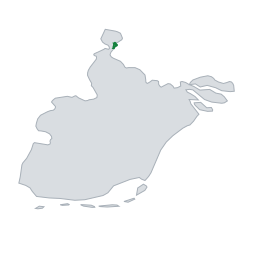 location of Stein, Limburg, Netherlands, rotated 189°
{"feature_id": "6326949B81495248212156", "entity_name": "Stein", "entity_type": "district", "adm_level": 2, "iso_a3": "NLD", "parent_name": "Netherlands", "parent_adm1": "Limburg", "projection": "robinson", "projection_center": [5.769, 50.974], "detail": "fine", "context": "in_parent", "style": "filled", "palette": "green", "viewbox_px": 256, "rotation_deg": 189, "n_neighbors": 0, "source": "geoboundaries", "source_scale": "gbopen_adm2", "svg_char_len": 4012}
<svg xmlns="http://www.w3.org/2000/svg" viewBox="0 0 256 256"><g transform="rotate(189 128 128)"><path d="M165.9,221.9L160.6,221.8L155.7,221.7L153.1,221.3L150.3,220.4L149.0,218.3L147.5,215.8L147.9,214.3L152.5,210.1L153.2,208.9L152.7,208.2L153.2,206.4L156.8,200.0L157.2,197.4L155.6,195.6L153.3,194.6L145.9,192.7L142.4,190.0L140.7,187.7L139.1,187.0L136.6,187.8L130.4,188.7L125.4,187.4L119.5,183.0L118.2,179.0L117.5,176.0L116.0,175.0L114.0,176.5L111.5,179.0L106.5,179.3L105.1,178.7L104.8,177.3L104.6,176.0L103.2,174.4L101.7,173.5L95.4,178.1L93.1,178.1L90.1,176.3L88.7,174.6L85.4,175.6L82.5,177.7L83.5,181.6L81.9,182.4L78.3,182.0L74.2,180.4L69.7,179.4L62.9,176.7L53.3,178.9L46.7,176.2L41.2,176.0L37.8,173.9L34.1,170.3L36.8,167.9L39.3,167.1L49.4,166.7L56.8,168.1L69.9,175.8L73.2,175.8L76.8,174.8L75.0,172.7L71.7,171.7L66.8,169.6L62.9,166.7L72.1,165.7L70.9,164.2L69.7,161.7L60.1,152.7L61.8,150.2L64.3,145.0L67.3,140.7L69.8,139.5L73.8,136.4L82.5,127.4L88.0,120.1L92.2,111.4L98.3,87.4L100.1,83.3L103.0,78.8L106.6,79.6L109.1,80.9L118.0,77.5L133.2,68.6L137.7,60.9L142.1,57.4L159.5,50.4L169.2,48.3L184.0,47.8L194.8,46.6L207.6,46.1L212.6,50.4L215.4,53.5L220.0,55.3L227.2,56.5L226.8,62.7L227.0,75.0L226.4,77.1L223.3,82.3L220.0,91.6L219.1,97.7L218.1,98.9L204.5,98.8L202.6,99.9L202.3,101.2L203.0,102.8L202.7,104.4L201.6,105.6L202.2,107.7L204.6,110.0L208.9,111.4L213.5,111.5L215.9,111.3L217.6,112.9L219.3,115.4L219.2,118.6L218.6,122.9L216.4,126.9L210.2,131.4L207.4,133.0L204.7,133.8L203.5,135.0L202.9,136.6L203.0,137.9L207.5,141.6L207.4,142.4L206.1,144.3L204.4,146.1L192.9,149.8L188.1,149.5L185.4,151.4L184.5,151.7L181.5,150.0L174.7,148.1L172.2,148.8L170.8,149.8L166.5,151.1L163.5,153.2L163.5,155.8L168.9,162.6L170.8,164.0L170.9,166.5L173.5,169.7L176.2,173.7L176.5,176.2L176.2,178.8L174.8,182.4L170.1,191.0L170.1,192.6L170.5,193.9L172.1,194.2L173.3,194.9L173.0,196.0L164.2,201.9L163.1,203.0L159.4,202.7L158.8,203.7L159.3,205.3L160.8,206.7L163.9,207.4L166.6,208.9L168.8,211.8L165.9,221.9ZM74.2,180.4L73.5,182.8L71.4,185.6L64.5,189.5L57.3,192.1L53.6,191.7L51.1,190.4L49.8,189.0L45.9,187.6L40.7,186.9L37.4,188.4L35.0,189.8L33.0,189.6L31.5,188.4L30.3,186.6L28.8,180.9L32.8,179.9L41.3,179.5L47.8,181.5L56.5,182.5L63.1,179.8L68.3,182.1L74.2,180.4ZM60.1,157.3L65.2,160.9L66.2,162.0L66.6,163.2L60.2,164.7L53.4,160.3L48.9,161.3L47.2,159.2L47.2,157.9L51.9,156.9L60.1,157.3ZM109.0,70.3L104.0,74.9L100.9,73.7L100.0,72.6L101.6,69.0L109.1,63.0L109.0,70.3ZM131.6,49.7L126.8,50.2L124.7,49.3L136.2,46.7L143.4,46.0L144.7,46.3L131.6,49.7ZM162.4,45.0L152.3,46.0L148.9,45.2L148.4,44.5L151.1,44.0L159.7,43.9L162.3,44.6L162.4,45.0ZM120.5,54.8L111.0,59.6L110.2,58.8L116.3,54.7L120.5,54.8ZM203.4,36.9L198.7,37.1L200.0,35.4L204.4,34.1L206.8,34.1L203.4,36.9ZM183.0,41.6L175.9,43.8L174.1,43.3L174.5,42.7L180.8,41.3L183.0,41.6Z" fill="#d9dde1" stroke="#a8b0b8" stroke-width="1"/><path d="M155.2,209.0L155.2,208.9L155.1,208.6L155.1,208.4L155.1,208.2L155.0,207.9L155.0,207.7L155.1,207.4L155.1,207.2L155.0,206.9L154.9,206.9L155.0,206.9L154.9,206.9L154.9,206.7L154.9,206.4L155.0,206.3L155.0,206.2L155.1,205.9L155.2,205.7L155.3,205.6L155.2,205.5L154.9,205.5L154.7,205.4L154.6,205.2L155.0,204.7L155.2,204.4L154.9,204.4L154.4,204.4L154.4,204.5L154.2,204.7L154.1,204.8L154.1,205.0L154.1,205.3L154.1,205.5L154.1,205.8L153.9,205.9L153.8,206.0L153.7,206.1L153.5,206.3L153.4,206.5L153.2,206.8L152.9,206.9L152.7,206.9L152.6,207.0L152.5,207.3L152.4,207.4L152.4,207.5L152.2,207.5L152.0,207.8L151.9,207.8L151.8,208.0L151.7,208.0L151.7,208.3L151.8,208.4L151.8,208.5L152.0,208.6L152.3,208.6L152.5,208.5L152.6,208.4L152.8,208.3L152.8,208.2L153.0,208.1L153.3,208.2L153.4,208.3L153.5,208.4L153.7,208.6L153.7,208.8L153.4,208.9L153.2,209.0L153.0,209.3L153.2,209.5L153.2,209.8L153.3,209.9L153.4,210.0L153.5,210.0L153.8,210.1L154.0,210.3L154.3,210.3L154.4,210.2L154.5,210.2L154.7,209.9L154.7,209.7L154.8,209.6L154.7,209.6L154.8,209.6L154.9,209.4L155.0,209.4L154.9,209.3L154.7,209.3L154.8,209.2L155.0,209.1L155.2,209.0Z" fill="#22c55e" stroke="#15803d" stroke-width="1.5"/></g></svg>